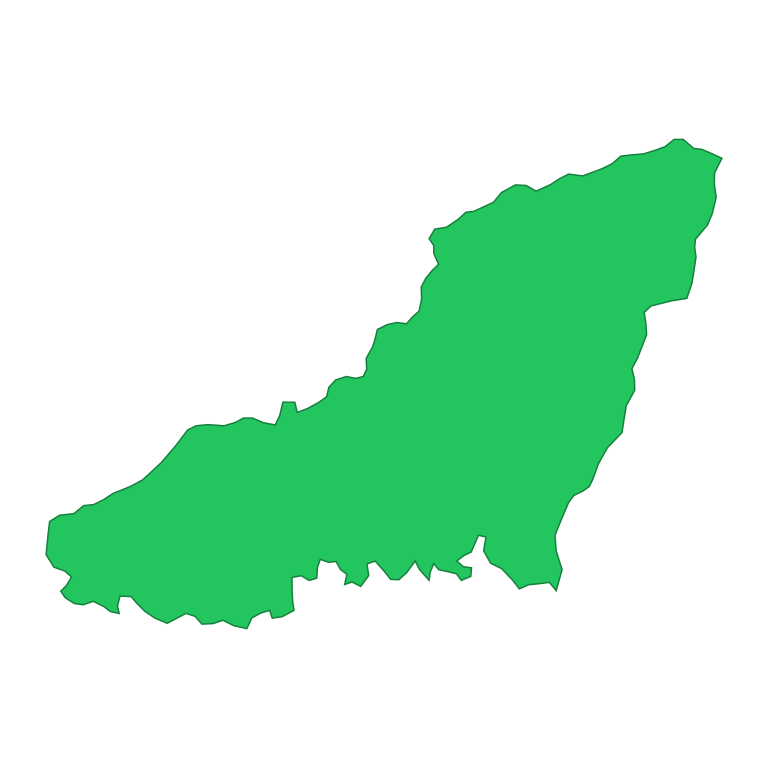 outline of Gavião Peixoto, São Paulo, Brazil
{"feature_id": "56859067B58111401621977", "entity_name": "Gavião Peixoto", "entity_type": "district", "adm_level": 2, "iso_a3": "BRA", "parent_name": "Brazil", "parent_adm1": "São Paulo", "projection": "albers", "projection_center": [-48.456, -21.78], "detail": "fine", "context": "isolated", "style": "filled", "palette": "green", "viewbox_px": 768, "rotation_deg": 0, "n_neighbors": 0, "source": "geoboundaries", "source_scale": "gbopen_adm2", "svg_char_len": 2480}
<svg xmlns="http://www.w3.org/2000/svg" viewBox="0 0 768 768"><path d="M721.9,158.3L711.8,153.6L701.9,149.4L693.7,148.4L683.2,139.4L674.2,139.4L665.0,146.7L655.4,150.2L643.5,153.9L631.3,154.9L620.9,156.1L612.2,163.7L601.6,168.9L582.6,175.9L568.6,174.1L559.6,178.7L550.3,184.7L536.1,191.2L526.2,185.5L515.5,184.9L501.5,192.5L493.6,202.2L482.0,207.6L473.6,211.4L466.0,212.2L458.1,219.4L446.5,227.2L434.7,229.2L429.1,238.6L433.8,245.6L433.8,253.6L438.6,264.3L431.9,270.8L425.6,278.6L421.2,287.1L421.6,299.0L419.1,311.1L412.4,317.0L406.5,323.8L396.9,322.5L387.3,324.6L377.4,329.5L375.4,337.7L372.6,347.0L366.2,358.2L366.7,369.3L363.2,376.5L355.6,378.4L346.4,376.5L335.7,379.9L328.9,387.2L326.6,396.7L318.5,402.5L307.4,408.6L297.2,412.4L294.8,402.2L282.9,402.2L279.7,415.6L275.2,424.9L263.3,422.7L252.6,418.1L243.4,418.1L235.5,422.4L224.1,425.8L207.7,424.6L196.2,425.8L187.8,429.8L175.1,446.5L161.2,462.7L142.6,479.9L129.8,486.7L113.1,493.4L103.2,499.9L93.6,504.6L83.7,505.6L73.9,513.6L59.5,515.3L49.6,521.5L47.9,536.0L46.1,554.7L54.0,567.2L64.7,571.0L71.5,577.0L66.4,585.5L60.8,591.2L65.2,597.7L74.3,603.5L83.1,604.8L93.3,601.3L103.7,606.5L110.4,611.6L119.2,613.5L117.5,606.0L120.0,596.1L131.1,596.6L136.7,603.1L144.6,611.1L154.7,618.0L167.2,623.3L185.9,613.4L195.1,616.3L201.9,624.1L213.0,623.6L222.9,620.3L234.1,625.8L246.8,628.6L251.9,617.9L261.0,612.9L269.7,610.4L272.2,618.1L282.1,616.7L294.0,610.4L292.7,601.4L292.1,590.2L292.0,577.4L301.2,575.7L309.1,580.4L316.7,578.2L317.5,567.0L320.3,559.3L328.6,562.3L336.1,561.5L340.4,569.5L346.9,574.3L344.7,584.5L352.0,582.0L360.7,586.4L368.7,575.7L367.0,564.0L375.1,561.0L384.7,571.8L390.6,579.3L398.8,579.8L406.8,572.5L415.2,561.0L419.5,569.5L429.1,580.3L430.2,572.2L433.8,563.5L438.7,569.7L448.5,571.8L456.5,573.8L461.3,580.4L470.8,576.4L471.5,567.8L463.3,566.7L456.8,561.0L464.0,555.5L471.2,552.0L474.3,544.8L478.4,535.3L486.0,537.0L483.6,550.8L490.6,563.2L501.7,568.7L512.4,579.9L519.4,588.9L528.8,584.7L539.0,583.7L549.4,582.4L556.2,590.6L562.1,569.5L556.2,551.2L555.0,535.3L560.6,521.3L565.1,510.7L568.5,502.8L573.8,495.5L582.9,491.0L589.3,486.5L592.8,479.3L598.4,463.8L607.5,447.6L622.0,432.6L624.6,415.6L626.3,405.6L634.7,390.3L634.5,379.6L631.9,368.6L637.5,358.1L646.6,334.7L645.9,324.0L644.2,312.4L651.0,306.0L671.1,300.9L686.8,298.4L691.9,283.4L693.2,275.7L696.0,256.9L694.7,247.4L695.5,239.2L707.5,225.0L712.3,213.5L716.2,197.3L714.3,184.0L714.6,172.8L721.9,158.3Z" fill="#22c55e" stroke="#15803d" stroke-width="1.5"/></svg>